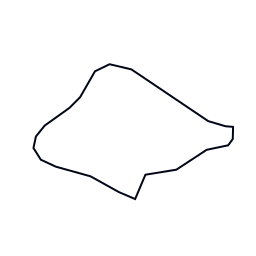 an SVG outline of Wirral, rotated 331°
{"feature_id": "GBR-2108", "entity_name": "Wirral", "entity_type": "Metropolitan Borough", "adm_level": 1, "iso_a3": "GBR", "parent_name": "United Kingdom", "parent_adm1": "", "projection": "equal_earth", "projection_center": [-3.057, 53.361], "detail": "fine", "context": "isolated", "style": "outline", "palette": "ink", "viewbox_px": 256, "rotation_deg": 331, "n_neighbors": 0, "source": "natural_earth", "source_scale": "10m", "svg_char_len": 424}
<svg xmlns="http://www.w3.org/2000/svg" viewBox="0 0 256 256"><g transform="rotate(331 128 128)"><path d="M99.8,193.6L89.0,179.7L71.8,152.1L46.1,126.8L36.4,113.5L35.6,99.7L43.3,90.8L56.3,85.5L86.6,82.0L101.1,77.8L126.6,62.4L142.8,63.3L159.4,78.4L201.5,160.9L214.2,173.8L220.4,177.9L219.1,180.3L214.3,188.4L207.2,191.7L186.2,185.2L150.1,187.9L120.6,177.3L99.8,193.6Z" fill="none" stroke="#020617" stroke-width="2"/></g></svg>